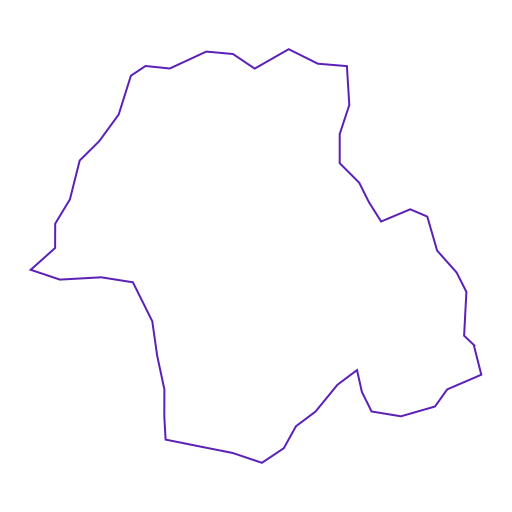 Gnosjö, Jönköping, Sweden
{"feature_id": "70781695B2934686109995", "entity_name": "Gnosjö", "entity_type": "district", "adm_level": 2, "iso_a3": "SWE", "parent_name": "Sweden", "parent_adm1": "Jönköping", "projection": "orthographic", "projection_center": [13.855, 57.379], "detail": "fine", "context": "isolated", "style": "outline", "palette": "violet", "viewbox_px": 512, "rotation_deg": 0, "n_neighbors": 0, "source": "geoboundaries", "source_scale": "gbopen_adm2", "svg_char_len": 758}
<svg xmlns="http://www.w3.org/2000/svg" viewBox="0 0 512 512"><path d="M474.2,345.3L464.1,335.7L466.4,291.9L456.6,272.5L437.1,250.6L427.3,216.6L410.2,209.3L381.1,221.5L368.9,202.1L359.2,182.7L339.7,163.2L339.7,134.1L349.3,105.0L346.9,66.1L346.7,66.1L317.8,63.7L288.7,49.2L254.7,68.6L232.9,54.0L206.2,51.6L169.8,68.5L145.5,66.0L130.9,75.7L118.7,114.5L99.2,141.2L79.7,160.5L69.9,199.4L55.2,223.7L55.1,248.0L30.7,269.8L59.9,279.6L101.3,277.3L132.9,282.3L152.3,321.3L157.1,355.4L164.4,389.5L164.3,416.4L165.6,439.6L196.0,445.7L232.6,453.0L261.9,462.8L283.8,448.2L296.0,426.2L315.5,411.6L337.5,384.7L357.0,370.1L361.9,392.0L371.6,411.5L400.9,416.3L435.0,406.5L447.2,389.4L481.3,374.7L473.9,345.5L474.2,345.3Z" fill="none" stroke="#5b21b6" stroke-width="2"/></svg>